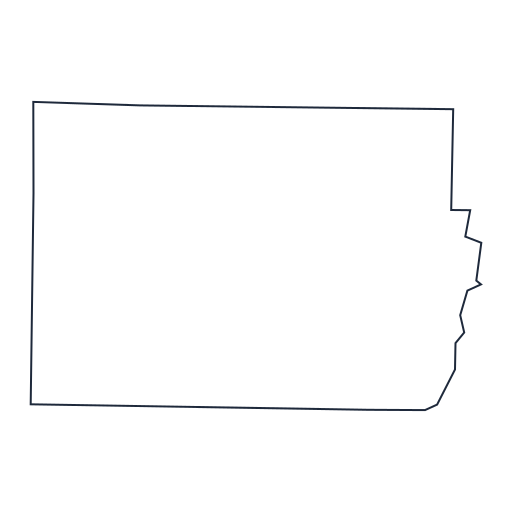 outline of Perry, Illinois, United States of America
{"feature_id": "52423323B20908268327084", "entity_name": "Perry", "entity_type": "district", "adm_level": 2, "iso_a3": "USA", "parent_name": "United States of America", "parent_adm1": "Illinois", "projection": "robinson", "projection_center": [-89.23, 38.085], "detail": "fine", "context": "isolated", "style": "outline", "palette": "slate", "viewbox_px": 512, "rotation_deg": 0, "n_neighbors": 0, "source": "geoboundaries", "source_scale": "gbopen_adm2", "svg_char_len": 364}
<svg xmlns="http://www.w3.org/2000/svg" viewBox="0 0 512 512"><path d="M453.2,109.2L140.2,105.4L33.3,101.9L33.5,193.4L30.7,404.3L368.2,409.8L425.0,410.1L437.1,404.6L455.0,369.5L455.5,343.1L464.2,332.5L460.2,315.2L467.4,290.6L481.0,284.4L476.3,280.6L481.3,242.8L465.3,236.6L470.2,210.2L451.2,210.0L453.2,109.2Z" fill="none" stroke="#1e293b" stroke-width="2"/></svg>